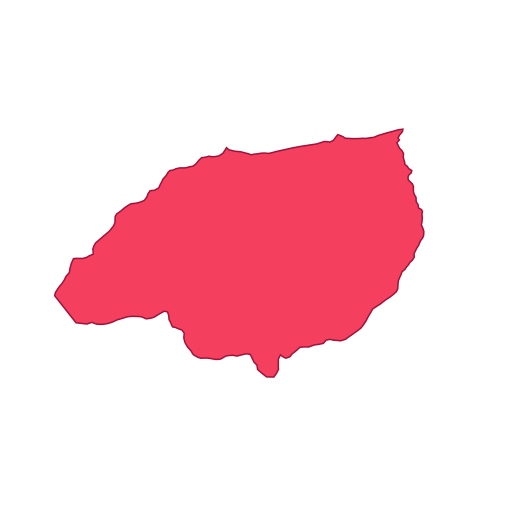 Kasipul, Nyanza, Kenya, rotated 58°
{"feature_id": "3690345B61391920402880", "entity_name": "Kasipul", "entity_type": "district", "adm_level": 2, "iso_a3": "KEN", "parent_name": "Kenya", "parent_adm1": "Nyanza", "projection": "equal_earth", "projection_center": [34.715, -0.502], "detail": "fine", "context": "isolated", "style": "filled", "palette": "rose", "viewbox_px": 512, "rotation_deg": 58, "n_neighbors": 0, "source": "geoboundaries", "source_scale": "gbopen_adm2", "svg_char_len": 3775}
<svg xmlns="http://www.w3.org/2000/svg" viewBox="0 0 512 512"><g transform="rotate(58 256 256)"><path d="M224.1,435.4L225.3,430.3L227.4,428.8L229.4,427.2L231.9,423.6L233.1,421.4L234.6,417.8L235.8,413.6L236.6,407.5L237.1,405.8L237.5,404.4L238.4,401.0L238.8,399.5L239.5,397.1L241.5,393.0L244.0,389.3L244.9,388.0L245.6,386.9L247.6,384.7L250.0,383.2L251.0,382.5L251.7,381.2L253.2,377.5L253.8,375.2L253.9,373.7L253.9,367.9L254.2,363.0L255.6,361.6L256.6,360.7L260.3,361.6L264.0,363.5L266.6,363.6L269.6,364.1L272.0,364.3L273.6,362.4L276.3,360.6L279.6,358.0L283.5,357.8L286.3,360.0L287.9,360.9L290.4,361.7L292.2,362.1L295.2,362.2L296.8,362.2L298.1,362.1L301.6,361.4L305.2,361.5L306.3,361.4L307.4,361.0L309.6,359.8L310.9,359.1L313.3,357.2L315.5,353.3L317.1,351.0L319.1,348.6L322.2,345.2L324.1,342.0L324.7,340.2L324.8,336.2L325.0,334.3L325.5,332.9L327.6,328.7L330.8,325.1L332.1,321.0L332.8,318.8L333.8,316.1L336.3,313.0L339.9,313.3L341.6,313.6L345.1,313.9L349.1,313.0L353.0,314.8L356.4,313.8L358.2,313.2L359.4,312.8L362.8,311.6L364.2,311.0L368.1,305.0L367.9,304.4L366.9,302.2L366.2,300.4L365.6,299.5L364.7,298.1L364.1,297.0L363.7,296.8L362.4,296.1L361.6,295.7L361.3,295.5L360.4,294.9L358.8,293.9L355.4,291.8L352.8,287.8L356.2,286.3L358.5,284.8L359.4,280.8L358.1,276.9L357.7,272.7L356.7,267.0L358.7,263.2L361.1,259.5L362.3,253.8L364.1,249.8L365.8,245.2L364.5,241.2L365.8,237.6L368.6,234.7L370.7,231.8L372.7,229.3L374.1,224.2L373.7,220.0L373.6,216.5L373.3,212.4L373.1,208.9L372.7,205.1L371.1,200.9L369.3,197.0L367.7,194.4L366.0,191.3L364.6,188.4L362.8,185.2L362.6,179.7L362.6,175.5L362.2,172.6L361.9,169.1L361.8,164.4L361.4,159.9L360.6,155.7L358.9,153.1L356.6,151.5L354.6,150.1L352.4,148.3L350.4,145.6L348.9,143.3L346.7,140.4L346.3,136.8L345.0,134.1L344.3,131.5L343.1,129.2L342.5,125.9L340.8,122.3L337.8,120.8L336.2,118.2L334.6,115.6L333.1,112.4L331.3,110.0L330.0,107.8L329.0,105.1L327.2,102.8L324.2,100.7L321.0,99.8L317.3,99.3L314.7,96.9L311.6,94.6L310.7,94.2L310.3,94.0L310.0,93.9L309.5,93.6L308.6,93.2L307.9,92.6L307.2,91.9L306.4,91.2L305.7,91.2L305.1,91.1L304.0,91.2L301.6,92.7L298.2,91.3L295.1,91.4L293.1,90.4L291.0,89.2L288.4,89.2L285.4,88.6L282.7,87.1L280.5,85.6L277.4,85.2L274.4,86.0L272.1,86.5L269.8,85.4L268.3,83.5L267.8,80.4L266.1,78.6L264.6,79.2L262.9,80.2L260.0,80.2L257.3,81.2L255.2,80.2L253.1,79.7L250.1,78.7L247.3,76.6L243.9,76.4L240.6,77.2L237.6,76.8L234.8,76.6L233.6,72.9L231.1,73.0L229.5,70.1L228.1,65.9L226.3,64.2L224.4,68.2L223.0,73.2L220.9,80.0L219.5,85.0L218.5,88.8L217.8,93.2L216.3,96.3L214.5,100.5L212.5,103.5L210.1,107.9L207.7,111.8L203.4,117.9L201.0,119.0L198.4,120.7L196.4,122.4L197.6,125.7L199.0,129.2L198.5,133.0L196.3,135.5L194.9,138.0L194.2,141.0L193.1,145.2L186.8,159.8L183.8,167.4L177.9,184.1L176.8,187.9L175.6,191.1L173.6,193.6L171.6,197.0L170.1,200.7L168.8,203.3L168.2,204.7L167.8,206.2L165.0,208.5L162.1,211.3L160.6,212.7L159.1,214.2L155.8,218.6L151.4,222.8L148.5,223.6L149.8,226.2L151.4,229.7L151.4,234.5L149.8,238.5L148.1,241.2L146.5,242.9L145.5,246.3L143.8,250.0L144.5,253.5L145.3,255.9L146.1,258.2L146.4,261.8L145.1,265.2L144.1,268.6L142.9,270.8L142.2,271.8L141.0,273.7L139.6,277.5L139.2,280.9L137.9,283.6L138.4,286.1L140.3,289.9L141.4,293.9L143.1,296.6L144.5,299.1L146.7,302.4L146.5,307.1L144.5,311.2L146.0,314.6L148.1,317.3L149.7,321.3L148.9,325.9L147.8,329.3L145.4,334.5L145.3,338.1L145.5,342.3L146.2,346.7L146.5,351.9L147.8,354.4L149.9,355.9L152.8,357.8L154.8,360.5L157.2,367.0L158.2,373.9L159.3,381.1L160.0,385.3L161.6,388.2L163.7,390.7L166.4,392.0L168.2,393.2L167.5,397.0L167.4,400.4L166.3,404.1L164.3,407.3L162.8,409.6L161.5,412.2L164.4,416.5L167.5,419.9L171.2,423.2L172.6,427.9L175.0,431.7L176.5,435.2L177.9,439.4L179.2,442.4L180.7,445.4L183.0,447.8L217.3,444.0L224.1,435.4Z" fill="#f43f5e" stroke="#9f1239" stroke-width="1.5"/></g></svg>